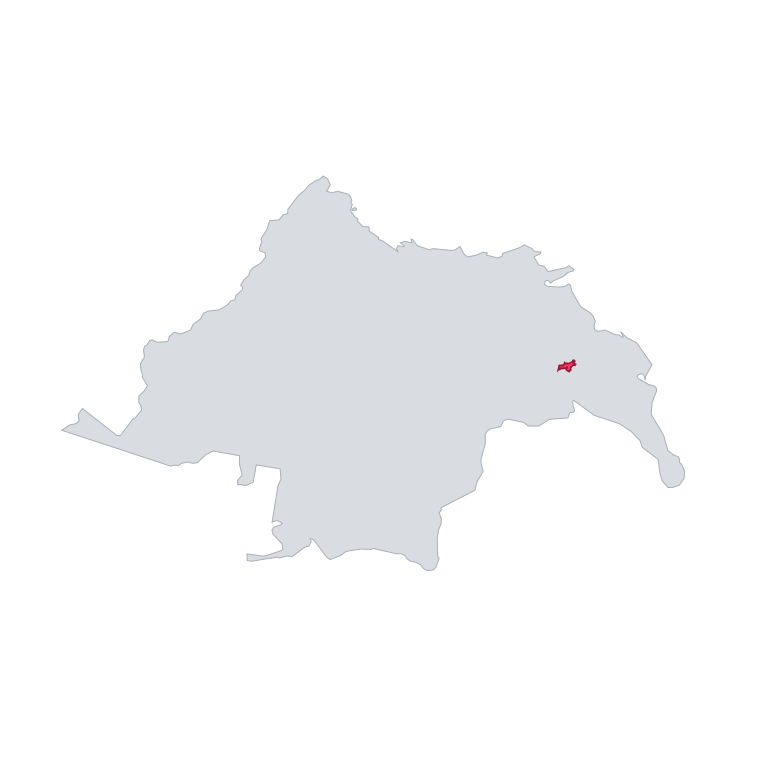 location of Pinillos, Bolívar, Colombia, rotated 99°
{"feature_id": "7082276B11088178486316", "entity_name": "Pinillos", "entity_type": "district", "adm_level": 2, "iso_a3": "COL", "parent_name": "Colombia", "parent_adm1": "Bolívar", "projection": "natural_earth1", "projection_center": [-74.401, 8.864], "detail": "fine", "context": "in_parent", "style": "filled", "palette": "rose", "viewbox_px": 768, "rotation_deg": 99, "n_neighbors": 0, "source": "geoboundaries", "source_scale": "gbopen_adm2", "svg_char_len": 7106}
<svg xmlns="http://www.w3.org/2000/svg" viewBox="0 0 768 768"><g transform="rotate(99 384 384)"><path d="M436.0,94.2L429.0,97.5L415.5,101.5L406.2,119.1L399.9,122.2L392.1,132.6L386.4,145.4L382.0,171.7L370.5,193.9L371.4,194.9L376.0,193.9L380.4,191.5L381.9,192.2L383.5,196.1L388.8,197.1L393.0,215.1L401.0,224.2L401.9,227.8L402.9,235.2L400.1,239.8L399.3,256.3L401.8,260.3L407.8,262.0L411.8,272.2L414.3,274.6L417.9,276.2L426.7,274.6L442.5,276.3L446.2,276.0L455.1,272.5L466.4,276.9L474.7,277.6L497.4,308.5L499.6,307.6L502.5,309.4L508.2,306.3L513.1,305.8L519.6,307.3L528.1,307.3L545.3,304.1L547.8,302.3L557.2,304.1L560.0,306.4L561.4,312.2L560.3,315.8L557.0,319.4L555.2,324.0L554.9,329.6L553.2,333.8L550.2,336.5L549.0,340.4L549.7,345.5L548.1,368.9L549.5,370.8L550.5,380.4L554.4,392.9L556.3,396.4L559.7,399.3L565.8,409.6L564.4,413.1L548.9,429.1L548.1,432.8L551.1,431.3L555.9,432.8L557.5,436.7L569.1,447.9L568.9,452.2L572.2,460.5L571.6,462.4L579.6,486.4L579.9,491.4L573.3,492.8L573.0,476.8L572.0,473.5L564.5,459.2L563.0,458.1L557.9,459.7L549.6,470.3L545.7,471.8L542.6,470.3L539.4,464.1L537.4,462.9L535.4,468.2L537.9,472.9L501.1,472.8L493.9,470.9L484.0,473.3L483.9,497.5L501.4,497.9L506.1,504.8L505.7,510.5L506.5,512.5L502.3,513.7L496.2,509.8L485.4,514.4L477.4,515.5L476.9,542.2L481.7,548.9L491.0,556.1L492.3,560.9L491.7,565.5L493.9,571.3L496.9,574.3L496.9,577.8L498.5,581.6L480.1,695.1L473.7,688.2L471.3,681.9L468.1,679.4L462.0,681.3L455.4,678.1L476.7,639.7L476.0,636.2L458.2,626.8L456.4,624.4L447.9,619.4L443.2,620.8L440.6,623.4L434.1,624.1L428.8,620.0L422.6,617.4L415.1,623.9L412.9,623.8L407.6,626.6L401.9,627.7L394.5,624.8L388.5,626.8L384.3,626.4L382.7,624.3L377.4,622.1L376.8,619.4L378.3,614.7L376.1,605.3L375.2,603.8L371.1,603.6L366.4,600.2L365.5,598.2L366.5,594.4L365.6,591.1L361.0,583.6L354.6,581.7L348.4,575.4L342.2,573.3L339.4,568.8L336.7,558.7L330.3,550.9L325.8,548.2L324.3,544.5L319.7,544.1L313.4,538.9L310.7,538.6L308.7,541.0L302.9,538.5L298.0,534.7L292.9,533.7L289.5,531.4L283.5,524.2L276.9,520.7L273.1,521.9L271.9,527.3L269.7,528.3L262.1,526.9L260.9,528.0L258.9,527.8L249.7,523.8L240.6,522.4L238.3,513.3L232.5,510.1L230.7,505.8L226.7,506.3L211.1,498.0L204.7,492.3L199.2,489.2L193.4,482.8L192.5,480.2L188.1,476.5L190.3,471.7L195.6,468.1L202.6,470.9L203.4,465.3L200.9,460.3L202.1,449.1L203.9,446.6L207.7,444.4L210.1,445.3L211.6,443.4L217.3,444.2L219.0,443.4L223.4,439.0L225.2,435.4L227.2,435.7L231.8,429.6L231.1,423.6L235.4,422.3L240.0,412.4L242.0,412.1L243.0,407.4L251.0,391.0L248.1,392.9L245.0,391.8L245.5,386.3L244.5,385.6L241.9,389.9L239.7,385.6L240.3,378.6L236.7,379.9L236.9,378.2L242.1,372.9L244.3,360.9L242.6,356.5L241.5,338.4L240.6,335.0L236.3,330.4L243.1,325.3L245.5,321.4L242.4,313.3L238.4,306.6L238.3,302.5L240.7,302.9L241.7,291.7L239.5,287.4L236.6,287.3L227.7,270.7L224.6,267.3L227.0,259.3L229.7,255.8L229.1,249.7L230.9,250.0L234.8,255.6L236.3,254.7L242.4,249.5L242.5,244.6L247.3,239.5L240.6,222.5L238.3,219.9L241.1,214.4L242.6,214.7L245.3,220.1L249.5,223.5L255.7,233.0L258.4,235.1L256.5,237.2L256.1,239.5L257.0,240.8L260.5,241.1L261.9,238.4L261.0,226.9L259.5,221.1L256.2,217.1L257.3,215.3L263.7,212.6L277.0,201.6L281.5,191.2L285.0,187.5L288.9,185.1L293.7,185.6L297.5,184.3L298.6,181.0L296.2,173.9L299.0,164.1L298.9,159.1L300.7,156.1L300.1,155.0L295.3,158.4L300.2,151.6L303.7,141.0L323.0,122.3L335.5,126.8L339.5,126.6L334.3,128.9L333.5,131.6L335.3,134.4L337.2,135.2L338.9,133.4L343.1,122.5L343.7,116.5L345.5,114.4L348.2,113.7L360.4,116.3L372.1,115.4L391.0,99.8L405.3,93.2L408.8,86.8L409.8,82.0L412.4,80.1L415.1,80.1L416.7,77.5L423.2,73.4L430.3,72.9L437.7,76.5L441.2,82.9L441.8,87.3L436.0,94.2ZM217.5,442.2L216.6,443.0L215.0,441.6L214.4,439.7L215.4,438.3L216.8,438.8L217.5,442.2Z" fill="#d9dde1" stroke="#a8b0b8" stroke-width="1"/><path d="M338.1,213.7L338.2,213.8L338.3,213.8L338.5,213.8L338.6,214.0L338.8,214.0L341.5,214.1L343.3,214.2L342.0,213.0L342.0,212.9L341.9,212.9L341.8,212.7L341.7,212.7L341.6,212.4L341.4,212.4L341.3,212.5L341.3,212.4L341.1,212.1L340.9,212.2L341.0,212.1L341.1,211.8L341.3,211.7L341.2,211.6L341.1,211.4L341.0,211.5L341.0,211.4L340.9,211.4L340.9,211.5L340.8,211.4L340.7,211.4L340.8,211.2L340.7,211.0L340.7,210.9L340.7,210.7L340.8,210.4L340.7,210.2L340.8,210.2L340.7,210.0L340.7,209.8L340.7,209.7L340.8,209.5L340.7,209.3L340.3,209.1L340.1,209.0L340.1,208.9L340.0,208.7L339.9,208.6L340.0,208.4L339.9,208.3L339.9,208.2L340.3,208.0L340.4,207.8L340.2,207.6L340.1,207.2L339.9,206.8L339.8,206.6L339.7,206.4L339.3,206.1L339.1,205.9L338.8,206.0L338.6,206.0L338.5,205.9L338.5,205.7L338.9,205.7L339.2,205.7L339.3,205.7L339.3,205.8L339.5,205.9L339.5,206.0L339.8,206.0L339.9,205.7L340.0,205.7L340.2,205.8L340.2,206.1L340.3,206.3L340.5,206.5L340.7,206.4L340.8,206.3L340.9,206.2L341.1,206.2L341.2,206.3L341.3,206.3L341.4,206.1L341.5,206.0L341.6,205.8L341.7,205.7L341.9,205.6L342.1,205.4L342.1,205.2L342.1,204.9L342.3,204.7L342.3,204.4L342.4,204.2L342.2,204.0L342.3,203.7L342.6,203.6L342.7,203.4L342.9,203.1L342.7,203.0L342.4,203.1L342.2,203.2L342.1,202.9L342.0,203.0L341.9,203.0L341.5,202.6L341.4,202.5L341.5,202.3L341.4,202.2L341.2,202.2L341.0,202.3L340.9,202.3L340.7,202.3L340.4,202.2L340.1,202.2L340.2,201.9L340.0,202.0L339.8,202.1L339.8,201.9L339.7,202.1L339.3,202.1L339.1,202.2L338.8,202.1L338.7,202.2L338.4,202.1L338.2,202.4L337.9,202.3L337.9,202.2L337.9,201.9L337.9,201.7L337.7,201.7L337.4,201.5L337.3,201.4L337.2,201.3L337.2,201.2L336.8,200.9L336.7,200.9L336.5,200.7L336.4,200.7L336.3,200.8L336.2,200.8L336.2,200.6L336.2,200.4L336.0,200.2L336.0,199.9L335.9,199.8L335.9,199.6L335.7,199.2L335.7,198.9L335.7,198.7L335.6,198.8L335.4,198.8L335.3,198.7L335.3,198.8L335.1,198.8L334.7,198.8L334.8,198.6L334.8,198.3L334.7,198.2L334.7,198.3L334.4,198.6L334.4,198.8L334.2,198.8L334.2,199.1L334.2,199.3L334.3,199.3L334.3,199.5L334.4,199.8L334.3,199.7L334.2,199.7L334.2,199.8L334.0,200.0L334.0,199.8L333.9,199.7L333.7,199.7L333.7,199.9L333.4,200.0L333.3,199.8L333.1,199.8L333.0,199.7L332.9,199.7L332.9,199.9L332.7,199.8L332.6,199.5L332.5,199.4L332.5,199.5L332.4,199.6L332.1,199.7L331.9,199.6L331.6,199.8L331.5,199.7L331.3,199.6L331.3,199.8L331.4,200.0L331.5,200.0L331.4,200.4L331.3,200.5L331.2,200.4L331.0,200.2L330.8,200.3L330.7,200.3L330.7,200.5L331.0,201.0L331.4,201.2L331.5,201.2L331.9,201.2L332.1,201.2L332.3,201.3L332.8,201.2L332.9,201.3L333.0,201.5L333.0,201.8L333.1,202.4L333.2,202.6L333.3,202.8L333.8,203.2L334.2,203.5L334.4,203.7L334.4,203.8L334.5,204.1L334.7,204.4L334.8,204.7L334.8,204.8L334.8,205.0L334.8,205.3L335.2,205.5L335.2,205.8L334.9,206.0L334.8,206.3L335.0,206.7L335.2,206.9L335.3,207.0L335.2,207.2L334.9,207.2L334.9,207.4L334.9,207.6L335.0,207.7L335.2,207.8L335.4,208.0L335.5,208.0L335.5,208.3L335.4,208.4L335.3,208.5L335.0,208.6L334.8,208.7L334.7,208.8L334.6,209.0L334.8,209.0L336.7,209.1L336.6,209.4L336.6,209.5L336.8,209.7L336.9,209.8L337.0,209.8L337.3,210.0L337.5,209.9L337.6,210.1L337.6,210.3L337.6,210.5L337.8,210.5L338.0,210.7L338.2,210.9L338.1,211.0L337.8,211.3L337.7,211.4L337.6,211.8L337.8,212.0L337.9,212.3L338.1,212.3L338.2,212.6L338.0,212.8L338.0,213.1L338.0,213.3L338.1,213.5L338.1,213.7Z" fill="#f43f5e" stroke="#9f1239" stroke-width="1.5"/></g></svg>